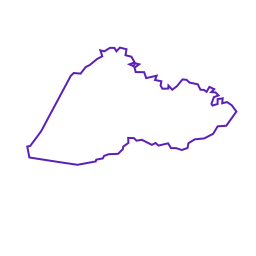 the district of Austin, Texas, United States of America, rotated 307°
{"feature_id": "52423323B73481023135249", "entity_name": "Austin", "entity_type": "district", "adm_level": 2, "iso_a3": "USA", "parent_name": "United States of America", "parent_adm1": "Texas", "projection": "albers", "projection_center": [-96.191, 29.849], "detail": "fine", "context": "isolated", "style": "outline", "palette": "violet", "viewbox_px": 256, "rotation_deg": 307, "n_neighbors": 0, "source": "geoboundaries", "source_scale": "gbopen_adm2", "svg_char_len": 1208}
<svg xmlns="http://www.w3.org/2000/svg" viewBox="0 0 256 256"><g transform="rotate(307 128 128)"><path d="M165.5,195.1L174.6,199.5L183.3,198.6L188.9,205.1L206.3,204.7L208.6,197.2L208.3,191.5L204.4,188.3L208.7,185.8L205.0,182.2L201.1,185.1L196.8,182.0L197.5,180.1L204.3,178.0L208.5,180.7L209.1,176.5L206.8,172.9L210.9,173.5L209.8,168.3L204.2,169.0L204.1,165.8L202.2,162.8L204.9,157.4L201.3,149.8L201.7,145.7L199.6,142.3L190.7,141.9L185.2,140.3L186.2,134.8L183.7,136.4L180.1,131.9L181.5,128.5L185.4,126.5L182.6,120.7L187.0,119.4L178.8,112.5L182.3,107.3L177.3,100.5L180.1,96.9L185.6,98.6L184.1,94.9L180.6,95.0L179.7,90.8L184.4,93.8L187.0,87.8L184.6,82.2L190.0,79.4L187.3,73.1L182.3,72.6L183.8,69.0L181.2,65.4L174.9,62.9L173.4,59.2L169.8,64.3L164.3,61.7L155.1,59.5L151.2,57.5L142.9,57.4L139.3,51.6L135.2,50.9L72.9,60.6L54.8,60.7L52.6,58.7L45.1,67.0L59.0,92.9L68.2,109.8L81.8,122.3L83.6,121.7L88.6,126.2L91.3,125.7L95.4,128.3L101.4,135.6L107.8,136.6L110.4,135.4L116.3,137.3L120.2,134.1L123.5,138.8L123.0,142.4L126.9,146.1L128.9,157.2L132.6,159.0L132.3,162.9L139.9,169.3L137.8,174.4L140.9,178.6L142.8,184.2L147.9,187.6L152.2,185.4L159.1,188.1L165.5,195.1Z" fill="none" stroke="#5b21b6" stroke-width="2"/></g></svg>